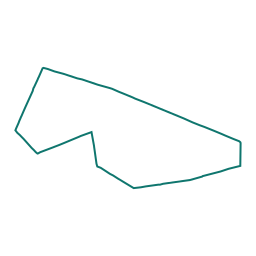 the district of San Juan Chamelco, Alta Verapaz, Guatemala
{"feature_id": "79465075B61159508916708", "entity_name": "San Juan Chamelco", "entity_type": "district", "adm_level": 2, "iso_a3": "GTM", "parent_name": "Guatemala", "parent_adm1": "Alta Verapaz", "projection": "orthographic", "projection_center": [-90.26, 15.395], "detail": "fine", "context": "isolated", "style": "outline", "palette": "teal", "viewbox_px": 256, "rotation_deg": 0, "n_neighbors": 0, "source": "geoboundaries", "source_scale": "gbopen_adm2", "svg_char_len": 1113}
<svg xmlns="http://www.w3.org/2000/svg" viewBox="0 0 256 256"><path d="M97.3,166.5L100.7,167.8L105.6,171.0L110.0,173.9L113.0,175.4L117.8,178.5L133.7,188.1L140.8,187.3L145.8,186.4L158.1,184.7L159.9,184.7L163.0,183.8L190.1,180.0L202.1,176.6L202.7,176.1L220.5,171.5L228.6,168.8L240.3,165.9L240.6,143.0L240.3,142.2L239.1,141.2L233.5,139.0L225.1,135.5L221.7,134.0L214.0,130.8L204.3,126.9L199.6,125.2L192.6,122.4L183.7,118.4L163.3,110.0L156.3,107.1L144.4,102.2L140.8,100.8L135.1,98.6L132.6,97.4L122.4,93.2L119.1,91.9L112.1,88.8L109.9,88.1L97.7,84.7L82.0,79.4L77.4,78.4L63.4,73.8L54.4,71.4L47.8,69.0L43.5,67.9L42.6,68.3L38.7,77.2L38.1,78.3L37.7,79.4L34.1,87.1L33.4,88.3L32.7,91.0L25.2,107.5L22.7,113.2L21.5,116.0L20.9,117.2L20.3,118.7L19.4,120.7L18.5,123.1L16.1,128.5L15.4,130.3L17.3,132.8L19.9,135.1L21.7,137.0L23.5,138.8L25.9,141.5L31.7,148.0L33.8,150.0L35.8,152.2L37.4,153.5L37.9,153.5L40.2,152.2L53.2,147.3L54.7,146.7L58.9,145.1L63.8,143.1L71.0,140.1L73.9,138.9L75.6,138.2L79.2,136.7L80.7,136.0L91.5,132.1L94.0,145.8L94.2,147.5L94.5,149.5L96.5,163.8L97.3,166.5Z" fill="none" stroke="#0f766e" stroke-width="2"/></svg>